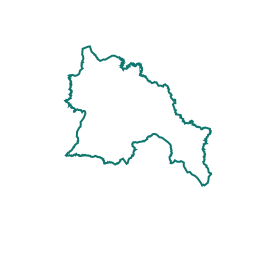 outline of Mueang Trang, Trang, Thailand, rotated 55°
{"feature_id": "78962969B27556566790630", "entity_name": "Mueang Trang", "entity_type": "district", "adm_level": 2, "iso_a3": "THA", "parent_name": "Thailand", "parent_adm1": "Trang", "projection": "orthographic", "projection_center": [99.629, 7.592], "detail": "fine", "context": "isolated", "style": "outline", "palette": "teal", "viewbox_px": 256, "rotation_deg": 55, "n_neighbors": 0, "source": "geoboundaries", "source_scale": "gbopen_adm2", "svg_char_len": 5727}
<svg xmlns="http://www.w3.org/2000/svg" viewBox="0 0 256 256"><g transform="rotate(55 128 128)"><path d="M82.0,82.0L81.8,82.9L81.1,82.5L80.6,84.1L81.7,86.1L81.6,86.7L79.8,87.8L79.4,87.3L79.6,86.2L79.2,86.2L78.1,86.6L77.8,87.1L78.6,87.8L78.6,88.3L76.6,88.4L77.2,91.0L76.4,92.3L78.3,91.1L78.6,91.3L78.0,92.9L77.0,93.5L77.4,93.8L78.3,93.7L78.7,94.1L78.6,95.3L76.8,97.2L77.5,98.5L75.6,98.3L74.2,98.9L74.1,97.2L73.6,97.0L73.2,97.4L73.5,95.9L73.1,95.9L72.0,96.9L71.1,95.9L72.0,95.6L72.5,94.4L71.5,94.1L71.1,94.3L70.6,93.7L71.0,93.2L69.9,93.2L70.0,92.7L69.4,92.5L69.1,93.0L68.3,93.1L68.7,94.3L67.9,94.7L67.1,94.1L66.8,94.6L66.5,94.2L65.1,94.4L64.8,95.6L61.1,97.5L59.7,99.6L59.0,107.0L58.7,107.9L57.8,108.7L57.1,112.3L53.7,113.4L53.0,112.9L51.2,113.2L49.6,112.8L48.8,113.5L48.2,113.2L44.7,114.1L39.3,112.4L38.5,114.0L37.1,119.7L41.4,123.3L43.5,123.7L45.5,124.7L46.3,125.7L46.9,127.2L48.4,127.2L48.2,128.8L49.7,129.4L49.8,130.1L51.3,130.9L53.2,131.0L53.4,134.3L55.6,136.9L55.7,139.0L55.0,141.4L52.4,143.3L52.3,144.8L51.4,145.2L51.3,145.8L51.9,145.4L51.9,146.0L52.7,145.8L52.5,146.3L52.9,146.6L52.5,146.7L52.9,147.1L52.7,147.7L53.7,148.1L54.6,147.9L54.8,147.5L55.2,148.0L56.4,147.8L57.7,148.2L57.6,148.8L58.3,149.0L57.9,149.2L58.2,149.6L59.4,149.7L59.5,150.3L60.4,150.1L60.7,151.2L61.6,151.3L62.7,153.7L63.0,153.4L62.6,152.9L64.5,153.5L64.4,152.9L65.3,152.8L65.5,153.6L66.2,153.7L66.6,155.3L66.9,154.6L67.7,156.3L68.5,156.0L68.5,156.7L69.3,156.7L70.0,157.8L70.7,157.9L70.2,159.3L70.6,159.4L70.6,160.9L69.7,162.2L70.1,162.4L69.7,163.8L70.5,163.7L70.6,163.3L71.2,163.4L71.3,163.0L72.2,163.0L73.4,162.1L74.5,162.7L75.1,162.5L75.5,163.1L75.9,162.9L76.1,163.2L76.1,162.5L76.5,162.3L76.3,161.8L77.3,162.1L78.2,161.8L78.7,162.8L79.1,162.7L80.4,161.1L82.0,160.6L82.7,160.9L83.2,162.7L83.8,162.9L84.1,162.1L83.5,160.7L83.6,158.8L84.9,158.2L86.3,156.3L88.8,156.5L88.4,154.8L89.2,153.9L90.1,153.8L91.7,154.6L94.4,158.5L96.1,163.6L97.7,164.4L99.7,166.2L99.8,167.9L101.8,171.8L105.7,174.9L107.4,174.6L110.1,176.2L110.0,176.9L111.4,177.5L111.4,180.7L112.4,182.7L112.2,183.2L112.9,183.5L113.0,185.1L113.7,186.2L114.0,188.2L113.7,189.1L114.4,190.5L113.8,191.4L114.4,193.0L115.2,193.4L114.6,193.8L114.8,194.6L115.5,194.4L115.6,193.2L116.6,192.5L116.7,191.5L118.4,190.5L118.2,189.7L119.2,189.2L118.9,187.7L119.3,186.6L120.1,186.6L119.6,185.3L120.6,185.2L122.1,183.6L122.8,184.0L123.4,183.5L124.2,181.9L123.8,181.6L124.6,180.7L124.3,180.3L125.1,180.0L125.1,179.2L125.7,178.9L125.6,178.4L127.0,177.6L127.4,176.5L128.0,176.4L129.1,174.9L130.1,174.9L130.7,174.5L131.8,172.8L132.0,171.0L132.3,170.4L133.2,170.3L134.0,169.4L134.6,169.4L135.7,167.7L136.8,167.5L137.5,166.8L138.0,167.0L139.3,166.0L140.1,166.9L141.2,166.5L142.1,167.3L143.5,167.8L144.0,167.1L143.8,166.2L144.9,164.6L144.6,164.2L145.1,164.1L145.3,162.4L146.3,162.2L146.8,161.0L150.6,159.4L150.6,156.9L151.3,156.8L151.2,155.3L150.5,153.1L149.8,152.8L150.2,149.7L156.5,149.7L156.5,148.3L154.3,145.7L153.7,144.3L154.3,142.8L153.3,140.8L153.5,140.3L153.0,140.3L153.3,139.8L152.9,139.5L153.1,138.7L152.1,137.9L151.5,137.9L150.4,136.7L150.3,135.9L149.8,135.8L150.0,134.2L149.4,134.6L148.2,134.3L148.0,133.9L145.5,134.7L144.7,134.0L143.6,133.9L142.7,131.9L143.6,131.0L143.7,130.1L145.4,128.8L145.6,127.4L147.4,123.7L147.3,122.9L148.1,122.5L148.1,118.5L147.1,118.1L146.6,116.3L147.6,115.0L147.2,114.5L147.8,113.2L147.2,111.5L148.1,109.6L150.1,108.2L153.5,107.6L155.4,105.7L163.0,103.3L166.2,102.8L167.8,103.5L168.2,104.2L169.1,104.2L170.0,104.5L170.2,105.1L171.7,105.3L172.1,106.3L173.4,106.3L174.1,106.7L174.2,108.2L175.4,108.5L175.3,110.2L175.9,110.9L178.2,111.9L179.7,111.8L181.2,113.2L181.7,112.8L182.3,110.5L181.4,108.1L183.6,107.2L185.4,105.1L185.4,104.0L185.7,103.4L188.4,102.1L190.4,103.7L191.7,104.2L198.5,104.8L199.5,102.5L202.6,102.3L205.8,100.5L209.0,99.8L214.9,99.8L217.7,100.2L217.7,98.7L218.9,98.2L218.6,94.0L216.1,91.3L214.3,90.0L213.4,86.3L212.4,86.1L211.9,86.8L210.7,87.3L207.3,85.8L206.1,85.7L204.8,86.2L203.9,85.2L200.9,86.4L198.8,85.7L199.0,84.8L197.8,83.4L197.4,83.5L196.1,82.5L195.4,82.5L195.5,81.9L194.8,82.0L194.5,81.0L193.8,80.5L194.1,79.2L193.7,79.9L192.9,80.0L191.6,79.1L190.9,79.5L189.3,79.2L189.3,78.0L188.0,78.7L187.9,77.9L186.7,77.5L186.1,76.3L184.8,75.3L185.4,74.9L184.9,73.8L185.6,72.5L184.6,72.7L184.4,72.2L183.4,71.7L182.7,72.0L183.0,71.4L182.3,71.5L182.4,70.8L181.5,70.8L181.8,70.2L181.6,69.6L180.6,68.8L180.8,67.6L179.5,66.2L180.0,64.5L179.5,64.2L179.4,63.3L179.0,62.8L178.3,63.1L177.8,61.9L176.7,62.2L175.7,61.4L171.8,64.6L171.8,65.2L171.0,66.3L171.6,67.5L171.1,68.7L169.2,68.4L167.7,69.3L167.5,70.1L166.9,70.2L166.3,71.2L164.6,71.2L163.7,72.2L163.2,71.7L162.6,72.1L162.2,73.2L160.7,72.4L160.0,71.2L158.6,71.6L158.3,73.1L159.3,73.4L159.6,74.1L158.6,74.5L159.0,75.6L157.0,77.8L156.9,78.8L155.6,78.4L154.6,78.9L154.3,78.4L153.6,79.1L152.4,77.6L150.3,78.8L149.4,78.3L149.1,79.0L148.3,78.4L148.5,77.7L147.5,77.5L144.3,80.9L143.6,80.1L142.0,80.3L141.0,78.6L139.7,79.4L138.4,78.6L134.6,77.8L134.0,76.1L134.8,75.0L132.0,73.2L131.3,73.8L131.6,75.0L127.9,75.3L126.4,74.9L126.0,73.4L124.0,73.4L123.5,74.0L122.4,74.0L120.7,73.5L120.0,72.2L119.3,72.5L118.6,72.0L118.1,72.4L117.2,71.6L115.9,71.7L114.8,72.5L113.7,72.4L113.2,74.0L114.2,75.5L112.1,76.8L110.9,78.8L106.9,78.5L106.2,79.6L105.5,79.9L105.6,81.0L104.9,82.7L102.3,83.2L102.1,83.9L101.2,83.8L100.4,84.6L98.8,84.0L97.4,84.4L96.1,83.9L95.2,84.4L95.3,85.1L93.7,85.4L93.8,86.3L92.9,86.4L93.2,86.6L92.9,87.1L92.4,86.7L91.5,87.1L91.3,87.7L90.5,86.9L89.9,85.4L89.2,85.3L89.3,84.9L88.8,84.8L89.5,84.4L88.7,83.8L88.7,83.3L87.5,82.4L86.9,82.5L86.7,82.1L87.3,81.9L86.0,82.1L85.5,83.3L85.1,83.0L85.2,82.1L84.7,81.7L84.0,81.9L83.6,81.4L83.3,82.1L82.9,81.6L82.4,82.4L82.0,82.0Z" fill="none" stroke="#0f766e" stroke-width="2"/></g></svg>